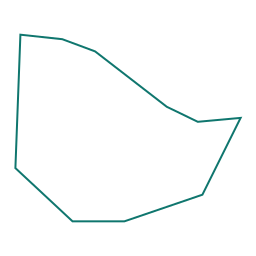 the Unitary Authority of Reading
{"feature_id": "GBR-5699", "entity_name": "Reading", "entity_type": "Unitary Authority", "adm_level": 1, "iso_a3": "GBR", "parent_name": "United Kingdom", "parent_adm1": "", "projection": "natural_earth1", "projection_center": [-1.033, 51.451], "detail": "fine", "context": "isolated", "style": "outline", "palette": "teal", "viewbox_px": 256, "rotation_deg": 0, "n_neighbors": 0, "source": "natural_earth", "source_scale": "10m", "svg_char_len": 249}
<svg xmlns="http://www.w3.org/2000/svg" viewBox="0 0 256 256"><path d="M20.4,34.7L62.3,39.2L95.1,51.4L166.8,106.8L197.8,121.8L240.6,117.9L202.4,194.7L124.5,221.3L72.5,221.3L15.4,168.1L20.4,34.7Z" fill="none" stroke="#0f766e" stroke-width="2"/></svg>